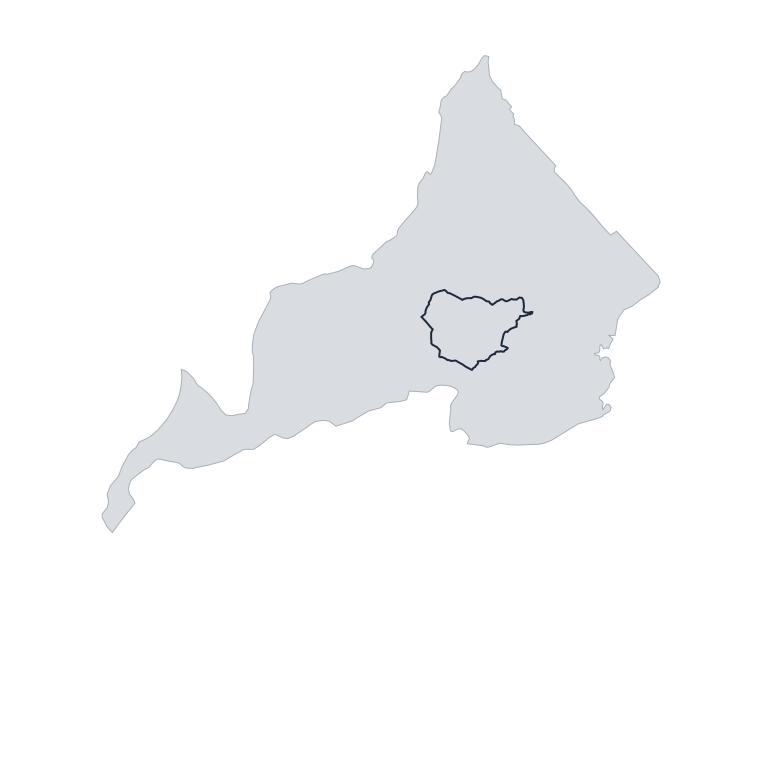 Mbam-et-Kim, Centre, Cameroon (highlighted), rotated 227°
{"feature_id": "32672807B95944109326060", "entity_name": "Mbam-et-Kim", "entity_type": "district", "adm_level": 2, "iso_a3": "CMR", "parent_name": "Cameroon", "parent_adm1": "Centre", "projection": "natural_earth1", "projection_center": [11.781, 5.302], "detail": "fine", "context": "in_parent", "style": "outline", "palette": "slate", "viewbox_px": 768, "rotation_deg": 227, "n_neighbors": 0, "source": "geoboundaries", "source_scale": "gbopen_adm2", "svg_char_len": 5815}
<svg xmlns="http://www.w3.org/2000/svg" viewBox="0 0 768 768"><g transform="rotate(227 384 384)"><path d="M211.3,522.1L212.6,518.0L222.4,498.8L228.6,468.2L231.4,461.0L234.3,456.2L248.5,439.8L253.8,434.6L261.5,428.6L267.0,416.6L268.8,415.4L271.2,414.4L283.5,404.2L284.6,406.2L285.4,408.6L286.3,409.7L290.2,410.5L295.7,410.5L298.8,409.7L300.5,407.7L302.2,402.1L303.2,401.0L304.5,400.7L310.4,404.6L320.2,415.8L322.7,417.8L323.8,419.9L325.9,430.0L327.1,432.6L329.2,433.6L333.1,432.9L337.0,431.1L340.5,428.5L344.0,425.2L346.3,422.2L347.3,420.0L347.8,411.7L348.6,409.9L361.4,397.9L361.1,396.8L359.0,393.4L357.1,389.7L359.0,385.9L361.0,382.9L368.4,373.0L368.8,365.7L374.7,354.4L378.1,339.4L378.2,336.6L385.9,320.1L394.0,318.6L397.2,316.3L400.8,312.2L403.1,308.4L404.2,304.7L405.0,297.8L406.4,289.8L407.3,282.8L409.7,276.3L413.8,273.1L420.8,270.4L421.9,269.1L422.9,264.8L423.9,250.6L425.1,244.2L431.6,237.1L434.5,226.0L437.0,214.3L444.5,200.2L453.1,186.1L457.1,182.3L460.5,180.6L464.5,180.4L467.1,179.4L476.5,172.4L480.4,170.0L483.2,167.6L483.9,165.4L484.2,162.3L483.3,155.1L484.9,149.8L485.8,141.5L486.2,135.1L485.9,132.9L484.1,129.1L481.3,125.1L476.6,122.7L470.2,122.0L466.8,120.6L465.5,113.2L465.1,108.5L460.7,84.0L468.8,84.1L478.6,87.0L481.1,89.2L482.4,97.6L485.9,102.4L492.2,106.3L496.1,114.4L497.6,126.6L501.1,133.9L501.8,135.1L506.7,149.0L507.1,155.3L506.6,159.6L508.6,165.0L505.7,174.1L504.8,179.7L504.5,187.5L506.3,201.3L509.2,212.0L512.4,220.6L515.8,227.3L521.4,234.7L527.4,241.5L533.0,245.7L527.8,248.2L517.8,248.5L512.1,247.1L509.4,247.0L506.6,247.9L495.9,249.2L485.2,248.6L475.2,246.9L469.1,247.2L464.4,251.3L460.7,257.5L457.1,262.4L458.4,267.8L461.1,270.8L466.2,277.4L470.9,283.8L473.2,288.1L482.5,297.5L491.4,305.9L495.6,308.8L497.2,309.4L502.1,314.2L508.8,322.1L515.0,334.4L523.7,359.2L525.6,361.3L528.5,362.6L528.9,365.2L528.7,369.1L527.8,372.2L520.8,385.2L514.8,390.2L513.0,393.2L510.8,400.7L505.3,415.4L502.9,417.4L497.5,427.4L493.1,440.0L491.9,441.9L490.1,443.5L483.8,446.6L481.6,448.1L478.4,452.1L478.0,454.6L479.5,458.2L481.2,461.0L484.6,461.0L486.4,463.7L486.4,483.2L484.9,486.1L485.0,487.4L484.2,490.8L484.0,494.5L484.5,496.0L485.8,497.2L487.5,499.8L488.5,505.8L490.7,526.8L491.7,530.1L493.5,532.5L499.1,537.0L504.9,543.0L506.8,546.8L507.9,553.2L510.1,558.2L510.1,559.9L509.2,560.5L505.5,561.0L506.7,564.6L509.8,570.9L524.8,590.4L539.2,607.7L542.5,609.0L545.1,609.4L546.2,610.4L547.5,612.9L552.3,619.2L553.1,622.9L552.1,626.3L553.2,631.8L554.0,633.7L553.8,635.5L554.3,642.1L555.6,647.9L557.8,652.8L557.5,656.2L554.7,658.2L553.1,661.4L552.6,665.8L553.4,671.3L555.6,677.7L555.6,681.5L552.1,684.0L548.3,679.6L544.1,676.6L537.7,671.5L531.3,669.6L523.0,669.3L519.4,669.9L513.2,665.7L511.3,665.1L508.5,666.9L506.6,666.9L504.3,666.3L499.6,666.3L499.1,663.3L498.3,662.8L493.2,663.0L491.6,660.6L491.0,660.8L489.0,660.0L484.9,656.5L480.6,658.9L471.6,658.6L426.5,658.5L425.4,655.2L423.1,653.5L419.1,653.3L407.1,654.0L397.9,653.5L391.7,652.2L384.1,651.4L374.6,652.0L364.9,652.0L347.6,651.1L338.1,651.2L338.3,653.2L337.7,654.7L337.2,658.2L275.9,658.2L270.9,655.8L269.4,654.2L268.9,651.3L267.7,651.0L268.7,638.6L270.8,628.3L271.6,618.8L274.5,610.2L273.0,601.8L271.2,598.1L261.9,586.1L266.2,581.6L260.6,582.2L259.4,577.8L256.7,572.4L258.3,571.6L259.9,568.7L265.0,569.6L264.8,568.1L260.5,563.6L260.9,561.4L262.7,558.9L261.8,557.8L258.7,560.4L256.4,560.3L254.7,558.6L253.4,558.3L254.2,561.8L252.4,564.8L250.7,565.9L247.9,565.7L245.5,565.0L244.9,563.2L242.7,561.9L236.6,559.7L231.4,557.0L230.4,549.7L228.3,546.6L227.5,543.0L227.0,538.9L227.7,532.7L226.4,531.7L224.9,531.4L222.7,531.7L220.6,531.3L218.2,527.9L216.0,526.5L217.4,532.9L215.8,534.7L212.1,534.1L210.5,531.7L210.2,530.0L212.0,522.3L211.3,522.1Z" fill="#d9dde1" stroke="#a8b0b8" stroke-width="1"/><path d="M366.7,443.4L366.4,443.1L366.2,443.1L365.3,443.4L364.4,444.7L363.6,445.0L360.7,446.3L358.3,446.7L357.2,447.8L355.0,448.9L354.1,450.0L353.7,450.5L352.4,452.3L350.5,453.0L349.1,453.3L345.3,454.6L343.9,455.0L341.9,455.3L338.2,456.5L336.1,457.3L334.4,457.9L334.7,460.3L334.3,462.4L334.7,463.4L334.8,466.0L334.9,466.8L336.5,468.0L335.0,470.5L333.6,471.8L331.7,473.9L332.0,475.2L331.4,476.1L331.1,477.3L332.0,481.2L331.1,484.8L330.5,485.0L330.2,485.8L331.1,486.9L331.0,487.6L330.8,488.7L329.7,489.6L328.9,490.5L328.3,491.9L327.7,492.1L327.2,492.3L325.9,493.7L326.1,494.9L326.1,495.3L326.0,495.7L326.0,496.3L325.6,497.7L325.9,499.0L326.1,499.0L327.8,498.4L330.4,497.1L330.6,496.9L331.3,496.3L332.3,496.3L333.8,498.1L334.0,498.3L337.1,503.0L337.3,503.2L338.8,505.6L339.5,508.3L339.1,508.9L338.9,509.1L337.9,509.7L338.1,512.9L337.5,515.5L337.4,515.7L335.5,520.2L336.7,520.9L337.0,521.9L338.3,522.8L339.8,523.8L339.5,527.4L340.8,529.9L339.5,531.3L339.4,531.4L338.1,533.3L337.9,533.6L336.7,535.9L336.5,537.4L335.3,538.3L334.7,540.6L335.5,541.5L336.6,540.4L337.3,538.6L339.8,536.3L341.6,535.6L342.7,536.1L342.9,536.3L345.1,539.1L348.2,541.6L348.4,541.7L350.5,543.2L350.9,543.2L352.9,543.6L354.9,542.0L355.0,541.4L355.3,538.6L356.7,537.2L357.4,536.4L359.3,535.1L360.0,532.3L361.0,530.0L361.5,529.6L361.9,529.3L364.2,528.7L365.2,528.4L366.3,527.1L366.5,525.2L366.7,524.6L367.4,523.3L367.4,522.7L367.6,520.6L368.0,517.3L370.8,516.7L372.4,517.1L372.9,516.8L374.7,515.4L377.8,514.8L380.8,513.8L382.9,512.4L385.6,510.3L386.5,509.3L387.2,506.4L388.8,504.8L390.5,502.7L391.9,499.8L392.0,498.8L400.6,495.9L405.3,494.1L407.4,492.7L409.6,492.8L411.6,492.3L412.7,490.1L414.2,487.5L416.4,481.6L416.4,480.0L415.6,478.4L413.7,475.1L413.2,472.4L411.6,471.4L410.8,467.5L409.0,464.0L408.1,463.4L407.2,461.6L407.4,459.5L407.5,457.2L401.9,457.2L398.4,457.1L393.9,456.8L390.8,456.9L389.8,454.4L389.2,453.3L386.0,450.3L384.0,448.6L382.7,447.7L381.6,446.4L379.7,446.2L377.7,446.9L374.6,447.9L372.6,447.9L370.4,447.8L366.7,443.4Z" fill="none" stroke="#1e293b" stroke-width="2"/></g></svg>